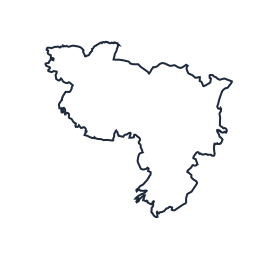 Manono, Katanga, Democratic Republic of the Congo (Natural Earth projection), rotated 13°
{"feature_id": "63176286B74212537268608", "entity_name": "Manono", "entity_type": "district", "adm_level": 2, "iso_a3": "COD", "parent_name": "Democratic Republic of the Congo", "parent_adm1": "Katanga", "projection": "natural_earth1", "projection_center": [27.399, -7.421], "detail": "fine", "context": "isolated", "style": "outline", "palette": "slate", "viewbox_px": 256, "rotation_deg": 13, "n_neighbors": 0, "source": "geoboundaries", "source_scale": "gbopen_adm2", "svg_char_len": 5778}
<svg xmlns="http://www.w3.org/2000/svg" viewBox="0 0 256 256"><g transform="rotate(13 128 128)"><path d="M31.4,68.0L31.0,69.6L31.3,70.3L32.8,70.5L33.0,71.3L32.8,72.6L33.2,73.5L34.8,74.2L36.5,74.6L36.9,76.7L37.6,76.6L38.5,77.0L39.0,76.8L39.9,77.1L40.0,78.7L37.2,78.4L37.2,79.1L36.2,81.0L36.3,81.9L35.9,82.6L33.7,83.3L33.2,84.0L33.4,84.7L34.2,85.7L38.2,86.5L38.5,86.9L38.2,88.1L37.2,89.5L37.7,90.5L41.1,90.7L42.9,89.2L45.8,89.1L46.0,89.8L46.0,91.2L45.5,92.7L47.0,96.3L49.5,97.3L50.1,97.3L50.7,96.8L51.5,94.8L52.6,95.5L54.3,97.3L56.0,97.9L58.6,98.0L59.5,97.4L59.9,96.8L61.0,96.9L64.6,98.8L64.0,101.1L64.3,102.1L63.4,105.5L62.6,106.1L59.1,106.8L57.2,112.2L57.4,112.7L57.1,113.5L57.0,115.1L57.3,115.1L57.4,115.5L56.6,116.8L55.3,120.4L56.7,124.2L58.3,123.8L59.8,127.7L61.0,127.6L61.3,126.9L60.1,124.2L60.1,123.3L61.0,122.8L62.1,123.6L62.9,125.0L63.6,128.9L64.2,128.7L64.5,127.6L65.3,126.9L66.3,127.0L67.1,127.5L67.5,128.1L67.8,130.4L68.4,131.4L71.0,131.9L73.5,134.4L74.1,134.5L74.7,135.1L76.2,135.3L76.2,137.6L76.9,138.7L77.6,138.2L78.4,138.4L79.0,138.1L79.7,137.1L79.4,136.6L79.5,136.3L82.1,138.5L83.3,138.2L84.1,137.3L84.9,137.1L86.2,137.6L87.2,138.6L87.4,140.6L88.4,140.6L88.2,141.6L87.6,142.3L87.2,144.6L90.0,144.8L95.4,145.9L96.5,145.4L97.4,145.5L97.5,144.6L98.5,145.2L100.4,145.5L104.4,144.9L106.8,145.3L110.4,144.3L115.7,143.7L116.4,143.4L116.0,141.8L116.4,139.2L115.9,137.0L116.6,134.0L117.0,133.3L117.2,133.7L118.5,134.2L119.4,136.1L120.1,136.6L120.2,137.3L120.6,137.8L125.4,137.6L125.6,136.8L126.4,135.4L128.4,134.5L130.0,132.7L131.4,132.2L131.8,132.7L131.9,133.5L131.5,135.5L131.6,137.2L135.5,136.0L135.8,135.5L135.6,133.2L136.4,132.9L137.6,133.2L139.3,134.3L140.9,134.8L141.6,135.4L142.4,136.6L142.4,137.2L141.6,139.3L142.1,140.5L143.7,141.2L144.3,142.1L144.6,143.8L146.9,146.7L147.3,148.0L147.8,148.4L145.5,149.9L144.8,150.9L144.5,153.5L144.7,157.6L145.4,159.3L149.1,164.1L149.9,164.9L152.0,165.1L154.8,163.9L155.9,162.3L157.2,162.8L157.2,165.4L160.0,165.9L160.3,167.3L160.4,168.6L159.5,170.4L159.5,171.5L158.9,172.4L158.6,173.9L155.3,179.9L154.9,180.1L152.8,182.0L151.7,184.6L150.2,186.0L150.2,187.0L150.7,187.7L151.4,186.7L152.8,185.6L154.4,186.3L154.6,186.1L156.7,185.9L159.9,184.8L160.3,185.0L159.2,186.8L158.0,188.2L156.1,189.3L153.2,192.0L151.8,193.9L151.1,195.2L152.1,195.0L152.9,194.1L153.7,194.0L153.9,194.6L152.7,197.9L153.2,198.4L154.8,196.9L155.5,194.2L156.7,192.7L157.1,191.8L157.9,191.1L158.5,190.1L159.5,189.8L159.2,193.5L158.9,194.0L159.0,195.0L160.2,194.9L161.8,195.4L162.8,195.1L162.9,194.7L163.5,195.0L163.9,196.2L167.8,197.2L168.6,195.9L168.6,194.7L169.3,193.6L169.6,193.6L169.8,194.0L169.5,194.8L169.6,196.9L170.0,197.7L169.6,199.7L169.0,200.7L169.6,203.3L169.5,204.4L169.9,204.6L170.3,205.3L171.0,205.5L172.0,206.4L172.7,207.5L175.0,208.5L175.5,208.5L176.8,207.9L175.0,203.3L175.2,203.0L176.5,203.9L177.4,204.2L178.2,202.8L179.8,202.4L181.9,200.8L183.6,197.7L184.8,197.3L186.0,195.7L186.8,195.3L188.9,195.6L189.0,197.9L189.6,198.1L191.8,197.8L199.2,189.9L200.9,188.6L201.4,187.5L200.4,183.2L200.7,178.9L204.2,175.8L207.4,167.4L207.7,166.2L207.4,165.4L205.9,164.2L203.6,163.6L200.8,161.9L200.4,159.6L197.1,157.8L195.8,157.7L195.5,156.8L196.4,155.1L198.4,152.4L199.1,150.2L199.5,149.6L201.5,149.7L202.9,149.0L203.3,148.1L203.9,147.8L201.0,143.2L198.5,142.8L198.3,141.9L198.4,141.0L200.2,136.6L201.2,135.9L202.1,135.8L203.4,137.1L204.5,136.5L205.4,137.1L207.1,137.0L209.5,135.9L210.4,135.8L211.8,136.3L213.1,135.7L215.1,135.4L216.0,136.1L217.5,135.8L218.2,135.4L218.2,133.3L217.4,131.8L216.7,129.3L216.3,128.7L216.2,126.9L215.9,126.5L215.8,123.9L217.0,124.1L217.4,123.4L217.8,123.5L218.5,122.8L219.1,123.3L219.9,123.3L220.6,123.1L221.4,122.3L221.6,122.3L222.3,121.1L222.7,118.0L220.8,116.5L219.1,115.8L218.3,114.1L215.6,111.2L215.4,109.8L215.9,109.6L216.5,110.0L217.3,110.0L217.8,109.7L218.0,109.9L217.7,110.4L219.0,110.8L219.6,110.7L219.9,111.1L221.3,111.2L222.1,110.7L222.8,110.6L222.9,110.0L223.2,109.9L223.5,110.3L223.9,110.1L224.5,110.4L225.0,108.6L224.2,107.1L223.2,106.5L222.1,106.3L221.2,106.8L220.6,106.7L219.9,106.0L218.5,105.7L216.9,104.8L215.4,96.9L214.0,93.9L214.1,92.2L214.7,91.1L214.4,88.3L213.6,87.6L213.4,88.4L212.7,88.8L211.3,88.6L210.1,87.0L210.4,84.4L210.5,79.2L211.4,71.1L212.4,69.2L213.8,67.5L216.0,66.4L218.0,62.1L218.8,60.1L218.7,59.2L210.7,58.1L206.4,60.4L204.1,59.8L202.3,58.8L199.6,58.3L199.0,57.6L198.2,57.4L196.1,57.9L195.7,58.3L195.7,58.9L196.4,60.9L197.2,60.9L197.6,61.1L197.8,61.6L197.9,65.2L194.8,68.3L192.4,70.2L191.7,70.0L189.6,66.9L188.8,66.4L187.3,66.1L186.6,62.3L185.5,62.5L184.0,63.4L182.2,63.8L178.7,62.0L175.3,61.4L174.4,61.0L173.3,59.7L171.9,57.4L171.5,55.7L172.2,53.9L170.5,53.3L167.1,56.9L166.0,57.5L164.9,57.7L162.9,57.5L160.1,56.5L158.9,56.4L156.9,57.4L154.4,58.0L149.9,56.9L147.3,56.9L146.1,57.3L144.5,58.6L142.3,61.6L140.1,62.9L138.9,63.0L138.8,63.7L138.0,65.0L137.0,68.7L136.2,70.2L134.6,68.8L126.5,65.5L123.7,63.6L118.2,64.8L115.6,64.6L114.4,63.5L113.3,63.1L108.3,63.1L103.3,63.5L101.8,64.0L98.5,64.5L98.6,58.5L99.4,55.4L99.5,52.5L99.8,50.7L99.5,49.2L100.6,49.2L100.2,48.9L99.2,48.9L98.8,47.8L97.5,47.9L95.9,47.5L95.7,47.6L95.7,48.2L94.8,48.3L94.5,48.7L94.0,48.4L93.3,48.7L92.9,48.5L91.7,49.4L90.5,49.5L89.5,48.9L88.5,49.0L88.4,49.2L87.7,48.9L86.7,49.1L86.0,49.9L85.1,49.7L83.9,50.2L83.4,51.2L82.5,50.8L81.0,52.0L80.2,53.1L78.7,54.1L78.6,54.7L76.7,56.2L76.1,58.3L75.2,59.0L75.7,60.9L75.0,61.8L74.4,63.2L74.0,63.4L73.8,65.2L73.0,66.1L70.9,67.3L70.8,67.7L69.9,67.6L69.8,67.2L67.0,63.7L67.3,62.5L66.7,61.8L66.1,61.7L65.6,61.1L63.8,60.1L61.5,59.8L56.9,60.0L55.2,60.4L52.0,62.2L49.4,61.9L48.6,62.6L48.0,62.6L46.5,62.3L46.7,62.8L46.6,63.0L46.1,62.9L44.9,63.7L44.3,63.7L43.8,64.7L43.3,64.9L41.5,64.4L39.6,65.2L38.6,65.3L35.5,67.4L33.4,67.4L31.4,68.0Z" fill="none" stroke="#1e293b" stroke-width="2"/></g></svg>